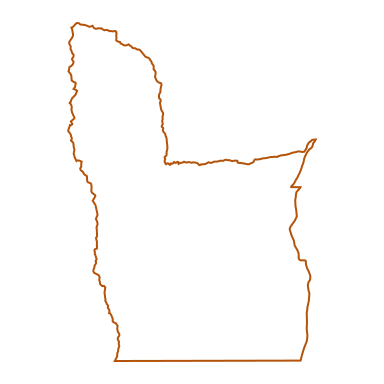 the district of Zonda, San Juan, Argentina
{"feature_id": "61730980B79956801813082", "entity_name": "Zonda", "entity_type": "district", "adm_level": 2, "iso_a3": "ARG", "parent_name": "Argentina", "parent_adm1": "San Juan", "projection": "robinson", "projection_center": [-68.949, -31.574], "detail": "fine", "context": "isolated", "style": "outline", "palette": "amber", "viewbox_px": 384, "rotation_deg": 0, "n_neighbors": 0, "source": "geoboundaries", "source_scale": "gbopen_adm2", "svg_char_len": 5806}
<svg xmlns="http://www.w3.org/2000/svg" viewBox="0 0 384 384"><path d="M296.8,216.5L296.3,210.5L295.5,206.1L295.2,200.0L295.8,197.2L295.9,194.7L296.5,192.0L300.3,187.7L300.5,187.2L291.2,187.1L291.2,186.8L291.6,186.0L293.5,184.2L294.2,183.1L296.4,179.0L296.9,178.5L298.1,176.1L298.5,175.0L299.6,173.2L299.8,172.2L300.3,171.4L301.3,168.7L302.0,166.3L303.4,162.7L303.6,161.6L303.8,160.9L304.0,159.6L304.5,157.7L306.1,154.2L307.1,152.3L309.6,149.0L310.4,148.8L310.7,148.3L311.6,147.6L312.1,147.0L312.7,145.5L313.2,143.2L314.9,141.1L315.7,139.5L314.6,139.5L312.1,139.9L310.5,141.5L309.8,141.8L308.6,142.9L308.1,144.1L307.6,144.6L307.2,145.4L306.5,148.3L304.3,151.7L302.0,152.0L300.8,151.6L297.9,151.4L296.3,152.0L292.4,152.7L288.9,154.1L287.5,154.3L286.4,154.8L284.6,154.9L281.8,155.4L280.5,155.4L279.4,156.0L278.2,156.2L277.7,156.7L276.9,157.0L274.4,156.7L273.4,156.9L270.8,157.0L265.9,158.1L262.7,158.4L260.1,159.2L259.1,159.2L257.2,159.6L255.5,159.3L254.6,159.7L253.5,161.8L252.8,162.5L248.6,164.3L246.2,164.1L244.4,163.4L243.2,163.5L240.8,162.9L239.8,163.1L238.5,162.8L237.7,162.6L237.5,161.4L237.3,160.8L235.0,160.6L232.0,161.1L229.2,160.1L227.5,160.2L226.0,159.7L224.9,160.0L222.9,160.9L220.9,160.6L217.8,161.5L213.9,161.7L211.4,162.9L210.9,162.9L208.5,162.3L205.7,163.9L203.8,164.3L202.3,164.2L201.4,164.6L200.6,164.5L199.9,165.1L199.2,165.1L198.8,164.8L198.2,163.8L197.2,163.1L196.0,162.7L193.2,162.3L191.7,162.8L189.6,162.2L188.1,162.1L186.3,162.6L184.0,161.7L183.1,162.4L180.1,163.1L178.6,163.9L178.4,163.4L178.5,162.4L178.3,162.0L177.9,161.8L176.9,162.1L176.0,162.8L175.3,162.9L174.8,162.6L174.2,162.0L173.8,162.2L172.9,163.4L171.9,163.7L170.8,163.4L170.6,163.6L170.5,164.5L170.0,164.8L169.6,164.8L168.5,163.6L167.7,163.3L167.2,163.3L166.2,164.2L165.9,164.2L165.5,163.7L164.6,161.5L164.7,160.2L165.2,159.0L164.7,157.9L164.7,156.9L166.2,155.7L166.6,154.8L166.6,151.8L167.4,148.9L167.3,145.4L166.8,141.6L166.6,138.6L166.2,137.1L165.7,136.2L165.3,134.4L165.0,133.7L164.6,133.0L163.5,131.9L162.9,130.6L162.8,130.0L163.2,128.6L163.1,127.9L161.9,127.0L161.7,126.3L162.5,124.5L162.7,123.2L162.3,121.7L162.2,120.7L162.7,119.0L162.5,116.7L163.1,114.2L163.0,112.8L162.7,112.2L162.3,111.7L161.2,109.7L160.2,104.3L160.1,103.4L159.9,102.8L160.6,101.5L160.6,100.1L160.4,99.3L159.1,98.2L159.0,97.7L159.0,95.4L159.4,93.8L160.4,92.1L160.5,89.2L161.5,84.7L161.4,84.1L161.2,83.4L161.0,83.2L159.7,82.9L158.2,82.2L156.7,80.7L155.2,77.5L155.1,76.2L155.5,74.5L155.6,72.4L155.5,71.8L154.7,70.5L153.9,69.8L153.6,69.2L153.7,66.0L152.9,64.7L151.9,63.5L151.5,61.8L150.8,60.6L150.2,60.2L149.8,59.1L148.9,58.1L145.4,56.7L141.0,51.2L139.3,49.6L137.2,49.5L135.1,48.2L133.9,48.3L132.9,48.0L132.2,47.6L131.3,46.4L130.0,45.6L128.6,44.4L126.7,45.2L125.3,45.5L124.0,45.3L121.4,43.7L120.6,43.5L120.0,42.0L118.4,41.7L116.6,40.8L116.2,40.3L116.5,36.9L116.1,35.6L116.6,33.9L116.3,32.9L116.4,32.1L115.8,31.7L115.5,31.0L112.8,31.4L111.0,31.0L109.4,31.2L108.2,30.3L106.2,29.9L104.4,30.3L102.2,29.1L101.7,28.4L101.3,28.3L99.6,28.5L98.7,28.2L96.1,28.8L95.5,28.7L94.7,28.4L93.8,27.8L92.5,25.8L89.6,26.8L88.9,26.6L87.2,25.8L84.6,24.9L83.3,24.9L81.8,24.6L81.6,24.7L80.7,24.6L80.2,24.4L79.0,23.3L78.3,23.1L76.8,23.0L75.4,24.2L73.0,26.9L72.2,27.4L71.4,27.6L72.2,29.7L73.0,34.3L73.0,35.7L72.1,37.7L69.7,41.2L69.1,42.6L69.4,44.1L70.6,46.1L70.7,47.0L70.5,48.6L70.6,49.2L71.2,50.3L72.4,53.4L72.7,53.9L73.5,54.5L73.6,55.7L73.4,56.9L72.2,58.5L72.0,59.3L72.9,60.9L73.5,61.5L73.6,61.9L73.0,64.0L71.8,65.5L71.1,66.1L69.5,66.9L68.8,70.5L68.5,71.4L70.2,73.4L70.9,74.6L71.3,75.7L71.7,80.5L73.6,81.9L75.4,82.6L75.7,83.0L75.1,86.9L73.6,88.9L75.8,89.9L77.1,90.8L75.5,94.8L72.1,98.3L71.2,100.0L70.8,101.8L69.8,102.6L69.6,103.0L69.7,103.3L70.3,103.5L71.2,104.9L71.5,106.0L71.8,107.7L71.4,109.3L72.0,112.2L73.4,115.6L74.2,117.0L74.4,117.7L74.4,118.4L70.9,121.4L71.0,121.9L72.3,123.8L72.1,124.5L70.8,125.3L70.0,125.1L68.9,128.4L68.4,129.6L68.3,131.2L70.6,134.2L71.2,136.6L71.8,138.2L71.7,139.3L71.1,140.1L71.0,140.7L72.0,141.4L73.3,142.8L73.8,147.4L74.2,148.5L74.4,150.3L74.0,151.6L73.7,154.1L74.2,155.1L74.5,156.8L75.3,158.6L76.5,161.0L77.2,160.4L79.7,160.7L81.7,161.7L81.3,163.1L81.2,166.8L80.2,168.4L80.6,170.0L81.9,171.2L82.4,171.3L84.5,174.6L86.4,175.7L86.9,176.2L87.2,181.1L87.7,182.0L88.1,182.3L90.4,183.2L91.2,184.0L91.6,187.4L91.3,190.6L91.5,191.6L91.9,192.6L95.2,195.2L95.4,195.9L94.5,197.7L92.7,200.7L95.5,205.1L97.6,214.9L95.9,218.8L97.2,221.8L97.6,224.1L96.5,227.4L96.8,229.8L97.1,236.0L96.0,238.2L96.9,241.6L97.0,243.3L96.8,245.1L97.0,245.8L96.9,248.3L96.8,248.6L94.9,249.3L94.4,250.3L94.9,252.2L94.8,254.1L95.2,254.7L96.6,259.2L95.6,261.0L96.0,261.9L96.0,263.2L95.5,264.2L94.6,265.5L94.5,266.9L93.3,270.4L93.6,271.8L94.0,272.7L98.5,275.1L98.9,275.5L99.7,277.7L99.2,279.5L99.2,280.1L99.9,281.7L99.9,283.1L100.2,284.2L102.2,286.1L103.9,285.9L105.3,287.5L104.5,292.6L105.5,299.9L105.3,300.9L106.3,302.5L106.6,303.6L107.8,305.3L108.1,306.1L107.8,307.6L109.3,310.1L109.4,310.7L109.4,311.9L109.1,313.2L110.1,313.4L111.2,315.0L112.7,318.7L112.7,321.5L114.0,322.5L115.8,323.2L117.6,325.8L117.2,328.8L117.9,331.9L119.1,333.6L119.4,334.8L119.2,335.8L118.0,337.4L117.8,338.0L117.8,339.4L119.0,341.8L118.7,344.0L119.3,346.0L118.4,348.6L118.0,351.6L117.3,353.3L117.1,356.5L114.8,361.0L300.6,360.6L302.1,354.5L304.0,348.3L306.7,341.4L307.2,338.5L307.4,334.1L306.9,331.6L306.7,327.9L307.0,322.4L306.7,313.0L307.3,309.7L307.3,307.9L308.9,300.4L309.4,293.5L308.5,290.1L308.0,286.8L307.9,284.7L308.5,282.2L310.0,280.0L310.3,277.5L310.3,276.1L310.0,274.8L308.4,270.7L307.4,268.9L306.3,265.8L306.0,264.5L305.8,261.1L305.3,260.5L305.0,260.4L300.4,260.3L299.3,259.5L298.8,258.7L298.7,258.4L298.7,254.2L298.4,252.7L297.3,250.0L294.7,245.6L293.9,240.6L291.7,235.9L289.7,229.4L289.9,228.1L290.7,226.4L294.9,220.5L296.8,216.5Z" fill="none" stroke="#b45309" stroke-width="2"/></svg>